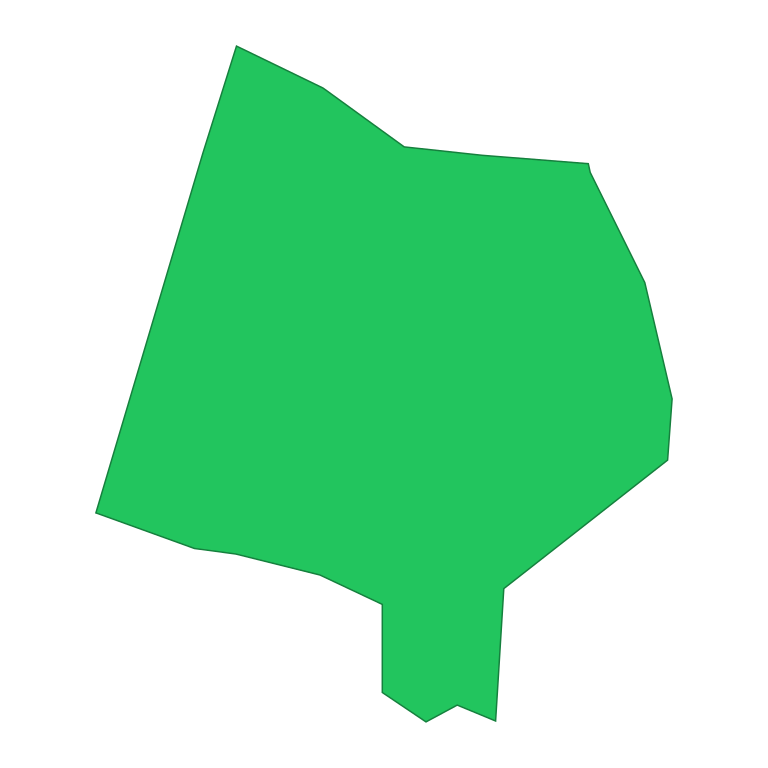 Grass Street, Castries, Saint Lucia (Equal Earth projection)
{"feature_id": "8701671B71359677826666", "entity_name": "Grass Street", "entity_type": "district", "adm_level": 2, "iso_a3": "LCA", "parent_name": "Saint Lucia", "parent_adm1": "Castries", "projection": "equal_earth", "projection_center": [-60.988, 14.007], "detail": "fine", "context": "isolated", "style": "filled", "palette": "green", "viewbox_px": 768, "rotation_deg": 0, "n_neighbors": 0, "source": "geoboundaries", "source_scale": "gbopen_adm2", "svg_char_len": 380}
<svg xmlns="http://www.w3.org/2000/svg" viewBox="0 0 768 768"><path d="M95.9,512.9L194.5,548.5L235.7,554.0L319.9,575.0L382.3,604.4L382.3,692.5L426.0,721.9L457.2,705.1L495.6,721.0L503.8,588.6L667.6,460.1L672.1,398.9L644.8,282.6L590.2,172.4L588.3,163.7L482.2,155.3L404.2,146.9L323.1,88.1L236.5,46.1L202.9,153.1L95.9,512.9Z" fill="#22c55e" stroke="#15803d" stroke-width="1.5"/></svg>